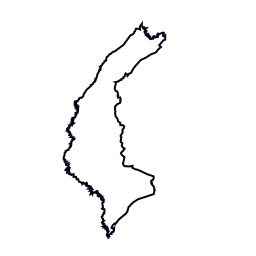 Chum Phae, Khon Kaen, Thailand, rotated 42°
{"feature_id": "78962969B27805721585516", "entity_name": "Chum Phae", "entity_type": "district", "adm_level": 2, "iso_a3": "THA", "parent_name": "Thailand", "parent_adm1": "Khon Kaen", "projection": "equal_earth", "projection_center": [102.084, 16.658], "detail": "fine", "context": "isolated", "style": "outline", "palette": "ink", "viewbox_px": 256, "rotation_deg": 42, "n_neighbors": 0, "source": "geoboundaries", "source_scale": "gbopen_adm2", "svg_char_len": 5815}
<svg xmlns="http://www.w3.org/2000/svg" viewBox="0 0 256 256"><g transform="rotate(42 128 128)"><path d="M186.8,221.2L186.0,221.1L185.5,219.6L185.8,218.3L186.6,217.7L185.7,216.9L186.1,216.0L185.8,215.6L186.6,215.0L186.4,213.9L184.5,211.4L184.2,212.9L182.5,213.3L181.7,210.5L182.0,207.9L182.9,208.1L182.4,202.0L183.7,193.2L183.4,190.4L181.4,186.6L181.4,182.7L181.6,179.9L183.1,174.3L191.3,160.0L189.2,156.1L188.7,156.2L186.9,154.5L183.6,153.9L182.8,153.0L182.4,153.5L181.4,152.7L180.6,151.7L181.3,150.3L180.8,149.9L180.9,148.3L179.3,146.8L173.4,149.4L163.5,152.4L160.5,154.0L157.7,154.6L156.7,153.1L155.0,155.4L151.2,158.5L150.0,158.7L148.2,157.9L144.9,152.0L141.3,152.2L139.4,151.2L139.6,147.9L139.3,145.6L137.4,146.0L135.2,145.4L134.0,143.0L132.2,143.3L131.1,142.6L130.9,141.4L129.8,140.7L129.3,139.3L127.8,138.9L127.0,135.0L124.9,132.8L125.0,130.9L124.1,129.3L122.0,129.4L121.1,130.6L120.1,130.9L118.9,129.4L116.4,129.7L113.4,127.9L111.3,127.8L108.4,125.6L107.6,124.1L106.3,123.3L104.0,120.6L104.1,117.5L105.3,114.6L104.6,113.1L103.7,112.9L103.3,111.5L101.6,110.6L100.4,112.1L98.8,111.2L98.9,110.3L95.9,108.1L94.1,108.6L92.9,108.3L91.4,107.3L88.6,101.9L88.1,102.1L89.9,99.4L89.7,98.5L90.8,96.8L90.3,96.2L91.2,94.2L90.6,93.3L91.0,92.9L91.0,91.7L90.4,91.1L89.7,89.1L91.2,88.7L92.7,89.6L92.5,86.7L93.4,85.1L92.3,80.7L92.0,77.0L92.0,69.0L94.3,63.5L95.8,57.8L98.1,53.4L97.9,49.1L98.3,45.7L95.8,45.7L95.7,39.1L96.5,37.4L93.6,34.2L93.1,36.0L92.4,36.1L91.2,34.3L91.2,33.4L90.5,33.4L88.8,36.2L88.8,37.0L87.0,37.9L87.1,38.6L88.1,38.4L87.7,39.5L88.1,40.2L88.7,39.7L89.2,40.2L87.2,43.1L86.8,43.0L86.6,41.9L86.0,42.3L86.9,44.9L86.5,45.3L85.7,44.6L85.8,46.3L85.1,47.0L84.2,47.0L84.0,46.4L82.7,46.7L83.0,45.3L81.3,45.2L80.6,46.9L80.1,46.9L80.4,45.1L80.0,44.6L78.6,46.8L77.0,45.8L77.3,44.3L77.0,43.8L75.9,44.8L75.9,43.7L74.7,43.7L74.8,41.5L72.8,43.8L72.2,43.6L72.1,42.7L71.5,43.2L69.6,42.7L68.6,41.4L68.9,44.4L71.1,46.7L69.2,47.4L67.5,48.8L68.5,51.4L68.4,52.5L69.0,53.6L68.6,56.1L67.8,57.2L69.0,69.3L67.0,79.5L65.7,82.1L65.5,85.0L64.9,85.4L65.1,88.2L64.7,89.2L65.9,92.0L66.4,92.1L66.4,93.1L65.8,93.9L66.4,95.1L66.1,96.9L66.6,98.1L66.2,101.2L67.2,101.0L67.6,102.6L68.6,103.0L68.6,103.6L67.8,103.9L68.7,105.6L69.1,108.0L71.2,112.1L71.5,113.2L70.9,113.4L71.5,114.5L72.2,114.6L72.4,116.1L71.9,116.9L72.5,119.1L71.8,120.4L72.2,120.4L72.3,121.8L71.6,127.1L72.5,132.7L73.4,133.9L73.4,136.6L72.4,137.2L71.9,138.7L72.4,139.3L72.1,140.4L72.7,141.6L70.8,143.6L71.5,144.6L71.4,143.5L72.3,143.7L72.0,144.4L72.5,145.1L72.1,144.7L71.7,145.2L72.7,146.3L73.2,145.6L73.1,144.8L73.7,144.9L74.4,146.8L75.1,145.9L75.3,147.1L75.8,146.4L75.2,145.8L75.4,145.2L76.4,145.5L76.6,146.2L76.9,145.7L77.5,146.9L76.5,147.4L76.9,148.5L77.3,148.7L77.9,146.9L79.7,149.2L79.5,150.2L80.1,150.4L78.9,152.0L79.2,152.3L79.9,151.8L79.9,152.3L80.5,152.4L80.2,153.6L80.9,153.9L80.6,154.7L81.1,154.2L81.6,155.7L80.3,157.2L81.3,157.4L81.7,158.1L80.8,157.9L80.3,158.3L80.6,158.7L79.6,159.3L81.1,159.2L81.0,160.4L81.4,159.8L81.9,160.0L81.5,160.5L81.7,161.2L83.0,161.0L82.9,159.9L83.4,160.8L84.6,160.5L84.3,162.0L83.2,161.6L83.4,162.9L84.0,162.2L84.6,163.3L82.8,163.6L83.6,164.5L82.7,165.4L83.5,165.5L83.5,166.5L84.2,167.0L83.2,168.1L83.3,168.8L84.0,168.2L84.0,169.6L84.6,169.0L85.5,169.6L85.3,170.8L86.3,170.1L86.5,169.0L86.5,170.3L87.1,169.9L88.1,170.3L87.5,170.6L87.6,171.1L88.9,171.5L89.2,172.5L90.7,171.5L90.8,172.2L92.2,172.1L92.0,172.7L93.5,171.6L93.6,172.7L94.5,173.3L94.2,172.6L94.9,172.1L94.8,172.7L95.4,172.8L94.5,174.2L95.0,175.0L94.8,175.4L95.1,176.6L95.8,177.4L95.6,178.1L96.2,177.7L96.8,179.3L97.2,178.7L97.9,179.9L97.9,183.6L98.4,184.0L97.1,186.3L97.1,187.1L97.7,187.6L97.6,188.8L99.2,190.9L99.7,192.7L101.3,194.4L101.9,194.5L101.8,193.7L102.4,193.7L102.3,194.3L103.0,194.2L103.5,195.3L104.7,194.3L104.5,195.3L105.8,196.2L105.8,195.4L106.4,195.8L107.0,194.7L107.2,196.7L107.8,196.4L107.7,195.8L108.2,195.2L108.2,195.9L108.7,195.6L109.1,196.3L110.2,196.5L109.9,197.5L111.3,196.7L111.7,197.5L110.8,197.3L109.9,198.5L110.1,199.0L110.9,199.0L109.5,200.3L109.6,201.0L111.1,200.1L112.2,201.4L112.2,200.5L113.3,199.6L113.9,200.0L114.1,201.1L114.5,201.0L114.4,201.5L115.3,201.6L116.0,200.4L117.3,200.9L118.4,198.7L120.1,200.7L120.6,199.8L121.4,200.0L122.2,199.1L124.1,200.5L125.1,199.4L127.7,200.7L129.2,199.8L130.7,199.9L130.9,199.4L131.5,200.0L131.5,199.4L132.0,199.1L131.9,198.5L132.7,198.5L132.7,199.1L133.1,198.1L133.6,198.2L133.8,196.8L135.0,197.4L135.1,198.6L135.7,198.5L135.6,197.9L136.3,198.7L136.8,198.6L136.8,197.7L138.1,197.6L138.0,197.0L139.6,196.6L139.3,198.9L140.4,197.5L141.0,197.3L141.0,197.9L141.8,197.4L142.1,198.2L141.2,199.2L141.9,199.1L141.9,199.7L142.6,198.8L142.5,199.6L143.2,200.0L143.6,199.3L143.5,200.1L144.3,201.8L144.5,200.8L144.9,200.9L144.3,200.3L144.5,199.8L145.1,200.7L145.7,200.5L146.0,198.2L147.4,197.7L146.9,197.3L146.8,195.9L147.5,195.3L148.2,195.7L147.8,196.1L148.2,196.5L148.6,196.1L149.9,197.0L150.3,196.7L150.3,197.4L149.8,197.6L150.8,198.7L151.5,198.6L151.3,197.4L152.0,198.0L152.1,197.2L152.6,197.4L152.8,196.2L153.6,196.7L154.6,196.2L154.7,197.0L155.4,196.9L154.7,198.0L155.6,198.9L156.3,199.1L157.6,197.4L158.1,197.5L157.5,198.6L159.3,199.0L159.0,200.9L162.9,204.1L162.7,205.2L163.9,205.2L164.8,204.2L165.8,205.1L167.3,207.0L166.8,207.6L167.5,208.2L167.3,209.6L168.0,210.2L167.9,211.6L169.7,212.5L170.2,212.2L171.1,213.1L172.2,212.9L171.7,215.5L173.0,216.0L173.0,215.2L174.7,215.1L175.4,215.7L175.1,216.2L175.8,216.4L175.5,217.3L175.9,217.0L176.3,217.9L176.8,216.7L177.0,217.3L177.7,217.7L177.9,216.9L178.7,217.8L178.4,217.0L178.9,215.5L179.6,215.9L179.0,216.4L179.3,217.4L179.9,216.4L181.2,217.1L181.3,217.8L180.9,217.7L180.9,218.2L182.1,218.9L182.4,218.3L182.7,219.0L183.0,218.6L183.6,221.0L184.2,220.9L184.2,222.0L184.9,222.2L185.2,221.6L186.7,222.6L186.8,221.2Z" fill="none" stroke="#020617" stroke-width="2"/></g></svg>